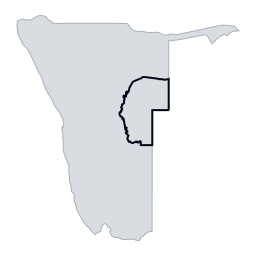 Omaheke on a map of Namibia (Robinson projection)
{"feature_id": "NAM-3353", "entity_name": "Omaheke", "entity_type": "Region", "adm_level": 1, "iso_a3": "NAM", "parent_name": "Namibia", "parent_adm1": "", "projection": "robinson", "projection_center": [18.894, -22.054], "detail": "fine", "context": "in_parent", "style": "outline", "palette": "ink", "viewbox_px": 256, "rotation_deg": 0, "n_neighbors": 0, "source": "natural_earth", "source_scale": "10m", "svg_char_len": 5721}
<svg xmlns="http://www.w3.org/2000/svg" viewBox="0 0 256 256"><path d="M208.2,28.0L211.7,27.2L215.0,26.5L218.9,25.8L222.1,25.2L222.9,25.0L230.4,25.7L233.6,26.2L234.8,26.7L236.2,27.9L238.9,30.9L238.2,30.8L233.2,31.4L231.3,32.2L227.0,35.8L226.1,35.3L225.0,34.6L224.2,34.4L222.3,35.2L220.4,36.2L218.3,37.7L216.6,39.1L216.0,39.9L213.3,42.8L212.4,43.2L211.7,43.4L211.4,43.3L211.0,42.1L209.4,39.1L206.8,35.3L206.0,34.9L205.5,34.8L203.5,35.0L197.8,36.1L193.0,37.0L185.7,38.5L177.8,39.8L172.9,40.6L168.7,40.8L168.7,44.6L168.7,52.3L168.7,59.9L168.7,67.6L168.6,75.3L168.6,83.0L168.6,90.6L168.6,98.3L168.6,106.0L168.6,109.3L168.4,110.1L166.0,110.1L160.6,110.1L156.0,110.1L152.3,110.1L152.3,114.6L152.3,120.0L152.3,125.4L152.3,130.8L152.2,136.2L152.2,141.6L152.2,147.0L152.2,152.4L152.2,157.8L152.2,161.8L152.2,162.3L152.2,170.2L152.2,178.6L152.2,187.0L152.1,195.3L152.1,203.7L152.1,212.1L152.1,220.4L152.1,228.8L152.1,231.5L150.4,231.4L147.1,232.5L145.0,233.8L144.1,235.4L142.9,236.4L141.4,236.8L140.7,237.6L140.9,238.9L140.3,239.9L138.9,240.6L136.8,240.4L133.8,239.3L129.9,239.1L125.3,239.7L122.0,239.4L119.9,238.2L117.8,237.6L115.5,237.4L114.2,237.0L111.5,236.1L111.0,234.7L110.6,233.6L109.9,232.4L109.8,231.5L110.4,230.8L110.5,229.6L110.0,228.0L109.3,227.3L108.2,227.3L107.6,226.7L107.3,225.5L106.7,224.5L105.2,223.6L103.2,224.3L102.3,225.4L101.7,227.1L101.2,228.0L101.0,229.4L100.9,230.4L100.4,231.5L99.9,231.9L99.3,231.7L98.3,232.2L96.1,233.8L95.5,234.6L93.6,233.1L88.4,227.3L86.5,225.8L83.7,222.3L77.6,211.4L76.7,209.3L75.5,204.1L74.1,200.2L73.9,197.9L74.6,196.6L74.2,194.9L73.5,193.3L71.4,191.3L70.7,184.5L69.3,180.2L69.5,176.6L68.9,173.3L68.8,171.2L69.0,167.1L67.9,162.5L65.6,158.0L63.5,151.5L63.2,148.6L63.3,141.0L62.9,137.9L62.9,134.2L62.1,130.4L61.7,128.3L62.3,126.6L62.6,127.2L63.2,127.4L63.6,125.2L63.7,123.3L62.6,118.5L60.3,113.6L54.6,105.7L53.2,102.7L52.3,100.1L45.9,89.7L43.1,82.3L41.2,75.9L39.1,73.0L29.4,52.2L27.2,48.9L23.4,45.0L22.5,43.6L21.0,39.9L18.1,34.8L17.3,30.1L17.1,24.8L17.4,20.7L20.0,20.2L21.8,19.1L23.5,19.1L25.1,19.9L26.8,20.0L27.5,19.8L30.6,20.0L32.3,19.0L34.4,18.0L35.7,17.1L37.4,16.3L39.6,15.4L40.9,15.4L42.5,15.8L44.6,16.1L45.8,16.7L47.2,18.6L49.4,20.4L51.0,21.4L52.8,22.8L53.4,23.3L54.2,23.6L54.7,23.7L58.1,23.5L61.2,23.3L64.5,23.3L70.8,23.3L77.1,23.3L83.4,23.3L89.6,23.3L95.9,23.3L102.2,23.3L108.5,23.3L114.7,23.4L117.3,23.4L121.8,23.4L126.5,23.5L127.0,23.6L127.5,24.0L128.0,24.3L129.6,26.7L131.8,29.2L133.5,30.4L135.6,31.1L137.6,31.4L139.5,31.2L142.6,31.5L146.9,32.3L151.3,32.6L155.9,32.2L159.2,32.7L161.1,33.9L163.0,34.7L165.0,35.2L167.6,34.9L171.0,34.0L173.9,34.1L175.2,34.8L176.0,34.8L180.9,33.8L184.9,33.0L190.8,31.7L195.8,30.7L203.1,29.1L208.2,28.0Z" fill="#d9dde1" stroke="#a8b0b8" stroke-width="1"/><path d="M168.7,79.0L168.7,79.5L168.7,81.8L168.7,84.2L168.7,86.6L168.7,88.9L168.7,91.2L168.7,91.3L168.7,92.3L168.7,93.4L168.7,94.5L168.7,95.6L168.7,96.7L168.7,97.8L168.7,98.8L168.7,99.9L168.7,101.0L168.7,102.1L168.7,103.2L168.7,104.3L168.7,105.4L168.7,106.4L168.7,107.5L168.7,108.6L168.7,109.4L168.4,110.1L167.5,110.1L163.7,110.1L159.9,110.1L156.1,110.1L152.3,110.1L152.3,111.7L152.3,114.5L152.3,117.4L152.3,120.2L152.3,123.0L152.3,126.3L152.3,129.5L152.3,132.7L152.3,134.7L152.3,136.0L152.3,139.2L152.3,142.4L152.3,145.1L152.2,145.1L141.9,145.1L140.8,144.9L140.8,141.6L140.7,141.4L140.1,141.2L139.9,141.2L139.7,141.3L139.0,142.3L138.9,142.4L137.3,142.4L137.0,142.3L136.9,142.2L137.0,142.0L137.0,141.9L137.0,141.7L136.9,141.7L136.0,141.6L135.9,141.7L132.9,143.0L132.7,143.0L131.3,142.7L131.0,142.6L130.8,142.4L130.0,141.5L129.8,141.4L129.6,141.3L129.4,141.3L129.3,141.5L129.0,141.8L128.9,141.8L128.8,141.7L127.3,138.6L127.3,138.4L128.3,135.8L128.4,135.5L128.3,135.4L128.2,135.2L125.9,133.2L125.8,132.7L126.0,132.3L126.1,132.2L126.3,132.1L127.2,132.1L127.3,132.0L127.4,131.9L127.3,131.2L127.2,130.8L127.1,130.7L126.8,130.6L126.5,130.5L126.3,130.5L126.2,130.4L125.8,129.9L125.6,129.8L125.5,129.6L125.4,129.4L125.4,129.2L125.5,129.0L125.6,128.9L126.3,128.6L126.5,128.5L126.5,128.4L126.5,128.2L126.6,127.9L126.6,127.7L126.4,127.6L125.3,128.0L125.1,128.0L125.0,127.9L124.9,125.9L124.9,125.4L124.4,123.9L124.4,123.5L124.1,121.6L123.7,119.1L123.6,118.9L123.4,119.0L122.9,119.5L122.4,119.1L122.3,118.9L122.4,118.7L122.9,118.4L123.0,118.3L122.9,118.2L122.6,117.9L122.3,117.6L121.9,116.9L121.7,116.7L121.0,116.7L120.8,116.6L120.6,116.4L120.1,115.7L119.7,114.7L119.6,114.4L119.5,114.1L119.7,112.4L119.8,112.3L119.9,112.2L120.0,112.2L120.3,112.2L120.5,112.2L121.0,111.9L121.3,111.6L121.3,111.3L121.2,111.1L121.1,110.9L121.1,110.7L121.6,110.0L121.7,109.6L121.9,109.5L122.0,109.4L122.2,109.2L122.1,108.7L121.9,108.4L121.7,108.1L121.6,107.9L121.3,107.7L121.2,107.5L121.2,107.3L121.3,107.1L121.5,106.6L121.9,106.1L122.1,105.6L122.0,104.5L122.2,104.3L123.2,103.8L123.6,103.6L124.0,103.0L124.1,102.7L124.0,101.7L124.0,101.1L124.0,100.9L123.9,100.6L124.3,100.2L124.4,99.9L124.3,99.1L124.3,98.9L124.3,98.7L124.6,98.4L124.6,98.1L124.5,97.5L124.4,97.4L124.1,97.4L123.7,97.4L123.5,97.2L123.5,96.4L123.5,96.0L123.7,95.8L123.8,95.7L124.0,95.7L124.3,95.7L126.0,96.2L125.9,95.5L125.8,95.3L125.8,95.2L125.9,94.8L126.5,94.5L126.7,94.3L126.8,94.1L126.9,93.9L126.9,93.5L126.9,93.4L126.7,93.3L126.2,93.4L126.0,93.5L126.0,93.4L126.0,92.7L126.2,92.0L126.5,91.7L127.7,91.5L128.0,91.4L128.1,91.6L128.4,91.9L128.8,91.0L128.9,90.6L129.4,88.0L129.5,87.7L132.4,82.5L132.9,81.9L133.5,81.4L141.5,78.1L142.0,77.8L142.5,77.2L142.8,77.1L143.3,77.0L144.2,77.0L144.7,77.0L157.9,78.7L158.2,78.8L158.6,79.0L158.9,79.1L159.7,79.2L160.0,79.3L160.6,79.2L161.2,79.1L163.0,79.4L163.8,79.7L164.4,79.7L165.6,79.7L165.8,79.6L166.7,79.3L167.7,79.3L168.0,79.2L168.3,79.1L168.7,79.0L168.7,79.0Z" fill="none" stroke="#020617" stroke-width="2"/></svg>